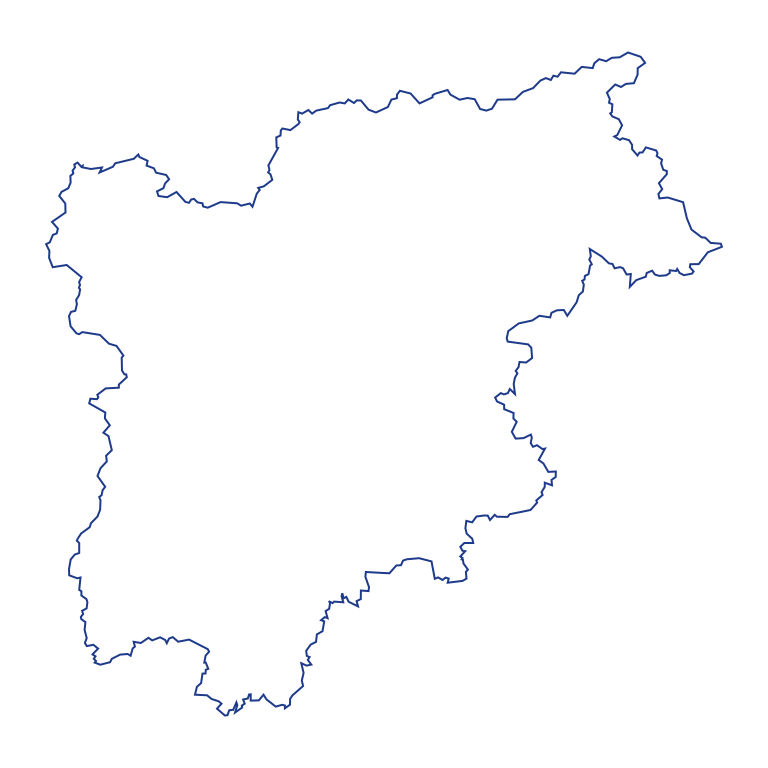 outline of Trentino-Alto Adige, Bozen, Italy
{"feature_id": "23120603B10307341449000", "entity_name": "Trentino-Alto Adige", "entity_type": "district", "adm_level": 2, "iso_a3": "ITA", "parent_name": "Italy", "parent_adm1": "Bozen", "projection": "mercator", "projection_center": [11.286, 46.382], "detail": "fine", "context": "isolated", "style": "outline", "palette": "blue", "viewbox_px": 768, "rotation_deg": 0, "n_neighbors": 0, "source": "geoboundaries", "source_scale": "gbopen_adm2", "svg_char_len": 5998}
<svg xmlns="http://www.w3.org/2000/svg" viewBox="0 0 768 768"><path d="M189.1,639.6L207.8,649.2L209.1,651.7L205.6,655.6L204.3,662.6L205.7,662.5L208.3,668.8L205.8,669.8L205.5,673.5L202.5,673.6L201.1,683.1L196.9,686.8L195.0,694.7L207.1,695.3L211.6,699.0L218.7,701.3L221.5,703.7L217.0,708.7L224.9,715.5L227.5,715.2L229.2,710.3L233.2,709.8L236.4,702.4L237.3,705.2L235.1,712.5L242.2,707.5L241.8,705.6L244.7,703.7L243.1,699.5L247.8,698.5L249.1,694.5L250.7,694.3L250.7,700.6L258.8,700.4L263.5,694.7L266.5,699.4L275.7,706.6L282.2,704.8L284.9,705.5L284.9,708.3L290.0,704.7L290.1,699.0L292.4,695.4L303.1,686.0L301.8,680.6L303.6,672.9L301.3,663.2L306.7,665.6L311.3,664.6L307.8,659.9L309.6,657.1L306.8,655.9L306.2,650.8L310.7,644.6L316.0,641.9L316.9,634.4L322.5,631.2L324.2,621.4L321.1,620.2L324.8,617.1L327.6,618.2L325.6,611.1L329.2,608.8L330.1,602.6L328.7,601.2L332.6,603.1L334.1,601.6L343.3,602.3L341.6,596.3L342.3,593.2L343.6,598.3L346.3,596.9L348.7,601.8L358.0,606.4L356.6,601.1L360.8,599.1L360.9,590.5L368.5,591.1L369.0,587.1L365.4,576.8L365.9,572.0L389.4,573.3L396.3,565.5L401.0,565.2L403.0,560.6L406.7,559.3L419.1,558.2L431.5,561.4L434.8,578.8L438.1,577.4L442.6,580.0L445.6,577.6L448.7,578.6L447.7,582.7L462.5,580.9L466.5,578.6L465.9,571.9L467.9,569.6L463.5,563.5L462.9,559.7L461.7,559.4L462.5,558.0L460.3,556.5L465.2,551.2L462.4,550.7L460.3,546.8L464.3,543.0L473.2,543.0L472.3,538.8L466.7,533.7L465.4,528.4L466.3,520.9L472.2,522.3L476.5,516.5L484.1,515.5L487.7,515.5L490.0,520.0L494.7,514.8L496.9,516.7L507.7,516.9L509.7,514.2L530.5,510.0L537.1,502.6L536.3,500.4L542.6,495.0L541.5,492.2L544.7,487.0L544.8,482.7L552.0,485.3L551.5,479.9L555.7,477.0L555.8,471.5L548.3,471.9L543.4,463.4L538.7,460.0L545.0,448.6L542.5,449.1L537.0,445.2L533.0,446.8L530.7,443.1L531.8,437.6L530.8,434.6L523.6,438.1L515.6,438.6L511.8,431.8L516.7,421.8L513.4,418.5L513.6,413.0L504.2,409.2L504.1,404.7L497.1,401.5L495.1,397.6L500.8,393.1L503.9,394.4L507.9,393.1L509.8,389.0L515.0,394.1L513.7,384.0L514.9,377.7L517.4,373.4L515.7,370.9L518.5,367.2L519.5,362.0L526.2,362.5L532.1,358.0L531.3,347.7L528.2,344.4L507.7,341.6L506.7,338.3L508.3,331.1L518.8,323.4L532.2,320.5L539.4,315.8L550.2,317.4L551.5,312.8L556.9,310.3L563.8,310.0L567.3,315.8L576.6,302.3L578.8,295.2L582.9,291.5L583.8,284.6L582.2,280.8L584.5,279.5L584.9,275.9L588.5,274.2L590.1,265.5L591.8,264.3L589.3,259.6L590.8,256.3L589.8,249.0L602.0,256.7L608.8,263.3L612.5,264.0L614.6,268.3L620.1,267.1L623.1,268.3L626.6,274.5L630.8,274.0L629.8,286.9L636.3,280.1L645.8,276.7L646.7,273.0L652.1,270.7L654.9,274.5L659.3,275.9L666.3,275.3L669.8,273.0L669.7,270.3L676.1,271.0L677.2,269.0L679.6,273.0L683.9,275.2L692.0,273.6L693.6,271.5L689.8,267.1L690.3,264.2L698.7,264.1L707.8,252.3L721.9,246.8L720.8,243.7L710.6,242.9L705.3,237.7L701.6,237.3L691.5,229.6L686.9,218.4L683.1,202.2L667.7,197.5L659.4,198.4L658.4,194.0L662.2,189.1L658.9,183.2L666.8,174.2L666.8,171.0L663.3,169.8L661.1,163.5L662.0,159.6L656.7,156.0L657.5,153.2L656.2,150.5L645.9,147.4L642.6,152.4L639.4,152.6L637.5,155.5L632.1,149.2L632.1,144.9L629.1,140.2L622.5,138.3L620.0,139.9L614.3,136.5L617.3,135.0L622.1,125.3L618.8,119.2L612.3,116.4L610.2,113.4L611.8,112.3L612.4,104.3L609.0,102.7L609.8,99.0L606.9,92.7L615.2,84.5L621.0,87.0L625.9,83.9L633.9,83.2L637.6,74.6L637.7,68.2L645.1,62.9L640.7,56.8L628.0,52.5L619.7,57.3L611.8,57.8L606.2,61.2L599.1,59.2L594.3,63.3L592.7,68.1L581.7,66.9L574.6,73.7L561.0,72.3L557.6,76.7L553.4,75.7L550.8,80.0L545.9,78.1L540.5,80.5L533.1,88.1L522.9,91.9L515.0,99.3L497.5,99.7L492.0,108.7L486.3,110.6L480.1,109.0L474.7,99.2L467.4,98.0L459.6,99.7L450.4,94.6L447.6,90.0L435.2,93.7L432.6,95.2L432.6,97.3L419.5,103.4L410.6,93.5L399.9,90.8L397.0,94.6L396.9,98.2L391.4,99.6L387.9,107.0L376.0,112.5L368.6,109.7L360.9,100.5L356.7,100.4L354.0,103.0L348.3,99.5L344.8,103.4L339.6,102.5L330.1,105.2L328.0,108.1L316.3,110.6L312.1,113.6L308.3,110.0L302.2,113.6L298.4,112.2L297.8,119.5L299.6,122.1L298.6,123.9L290.4,130.1L282.4,128.5L280.8,130.5L280.5,135.5L276.3,137.4L276.6,147.3L278.1,147.9L268.4,165.4L269.5,170.0L268.1,172.3L270.5,174.4L272.3,179.8L263.9,186.3L258.2,187.9L259.7,190.0L256.8,193.6L252.5,206.7L249.8,203.5L241.1,205.7L237.2,203.3L220.6,202.1L207.7,207.7L203.1,206.4L202.5,203.3L197.6,202.4L194.0,198.9L191.2,199.5L189.0,202.8L185.4,201.9L176.5,192.0L167.2,197.2L158.5,196.0L157.0,191.4L163.4,188.2L165.1,183.4L169.1,179.3L166.2,175.0L156.1,172.7L153.9,168.3L146.6,165.6L147.6,160.8L139.4,157.0L138.3,154.5L133.8,158.8L115.2,163.3L113.0,166.7L99.6,172.5L102.0,167.5L90.9,169.0L82.3,167.3L82.6,165.8L81.2,166.7L77.6,162.6L74.3,164.5L75.0,167.4L72.6,170.6L73.3,173.5L70.4,175.9L70.6,182.7L68.2,188.3L61.5,191.9L59.2,195.9L65.3,203.5L65.5,212.5L52.0,221.9L57.9,228.6L56.7,233.4L52.9,234.9L49.8,242.3L46.1,244.2L49.4,250.9L49.1,257.8L52.7,267.2L66.7,265.0L81.6,277.2L79.1,282.1L80.0,285.0L78.9,287.8L80.1,289.4L79.1,295.1L76.1,300.0L76.9,304.2L75.3,310.8L71.0,311.9L69.0,316.2L70.6,326.3L76.4,333.3L79.1,334.2L82.3,332.1L99.9,334.9L109.0,343.7L116.5,345.9L123.4,355.6L121.7,357.6L122.0,370.5L124.4,374.3L126.2,374.4L126.8,377.2L118.9,384.5L118.8,387.7L105.7,388.4L97.3,394.8L98.3,397.3L97.0,399.2L90.4,398.7L89.2,403.4L105.3,412.5L104.9,418.4L109.8,425.3L103.4,432.7L108.5,436.1L111.8,450.2L106.1,455.7L106.8,461.4L100.5,468.2L97.5,476.0L105.2,486.8L102.6,490.2L101.6,495.2L99.2,497.0L100.5,500.4L100.1,509.8L97.5,516.5L90.9,523.3L89.7,527.2L81.2,533.4L78.0,538.2L76.8,540.6L79.2,543.0L79.2,553.0L74.7,554.6L70.7,559.5L69.0,569.1L69.2,575.3L77.3,578.3L80.5,577.5L79.2,589.9L81.4,591.3L81.4,595.5L86.5,599.2L87.4,602.2L86.6,608.4L82.1,610.8L83.1,614.1L80.9,616.8L81.2,619.0L85.4,622.1L84.6,630.0L86.7,638.1L84.9,642.9L86.8,646.1L93.4,644.8L98.1,648.6L92.5,654.4L95.5,656.3L93.8,658.8L96.0,661.0L94.7,662.6L100.3,664.7L110.1,662.2L111.8,658.8L120.2,654.6L127.7,654.0L130.6,655.7L132.7,648.4L134.9,646.6L133.7,641.8L140.8,643.0L148.5,637.8L152.2,640.4L160.1,637.3L165.2,640.0L166.8,643.2L169.0,638.6L172.7,637.1L178.2,641.7L189.1,639.6Z" fill="none" stroke="#1e3a8a" stroke-width="2"/></svg>